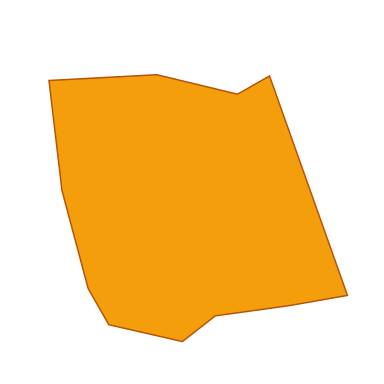 outline of Bor-Ondor, Hentiy, Mongolia, rotated 166°
{"feature_id": "93677404B12023571186013", "entity_name": "Bor-Ondor", "entity_type": "district", "adm_level": 2, "iso_a3": "MNG", "parent_name": "Mongolia", "parent_adm1": "Hentiy", "projection": "mercator", "projection_center": [109.413, 46.24], "detail": "fine", "context": "isolated", "style": "filled", "palette": "amber", "viewbox_px": 384, "rotation_deg": 166, "n_neighbors": 0, "source": "geoboundaries", "source_scale": "gbopen_adm2", "svg_char_len": 308}
<svg xmlns="http://www.w3.org/2000/svg" viewBox="0 0 384 384"><g transform="rotate(166 192 192)"><path d="M303.8,334.8L317.8,224.8L316.1,123.4L304.8,83.3L237.5,49.2L199.4,66.2L125.8,58.3L66.2,54.1L88.7,285.8L124.3,275.9L197.7,314.3L303.8,334.8Z" fill="#f59e0b" stroke="#b45309" stroke-width="1.5"/></g></svg>